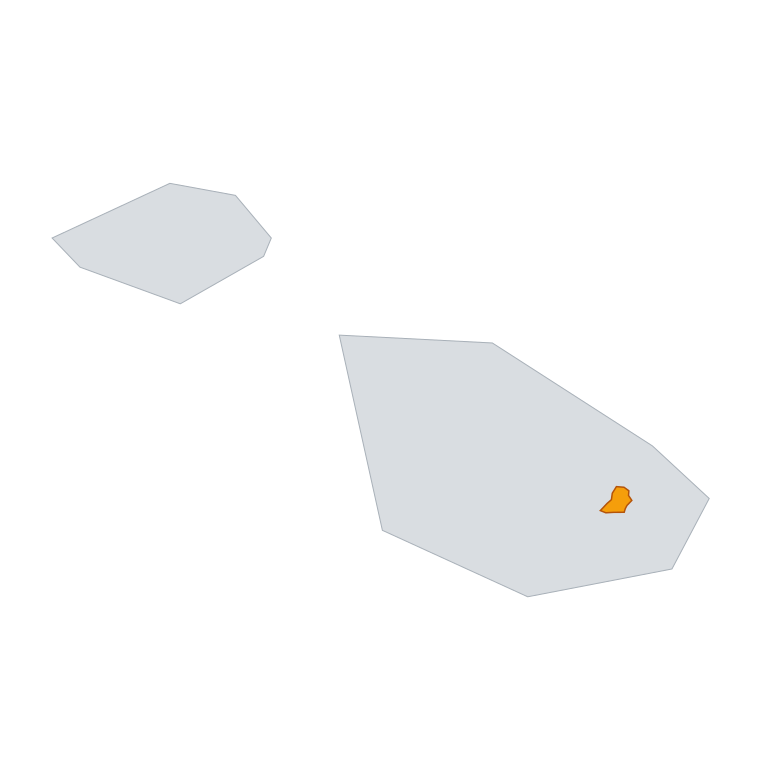 Tarxien highlighted on a map of Malta, rotated 348°
{"feature_id": "MLT-5960", "entity_name": "Tarxien", "entity_type": "state/province", "adm_level": 1, "iso_a3": "MLT", "parent_name": "Malta", "parent_adm1": "", "projection": "mercator", "projection_center": [14.508, 35.862], "detail": "fine", "context": "in_parent", "style": "filled", "palette": "amber", "viewbox_px": 768, "rotation_deg": 348, "n_neighbors": 0, "source": "natural_earth", "source_scale": "10m", "svg_char_len": 605}
<svg xmlns="http://www.w3.org/2000/svg" viewBox="0 0 768 768"><g transform="rotate(348 384 384)"><path d="M678.3,563.6L627.2,624.8L480.3,622.0L352.0,526.8L350.4,326.9L498.5,366.4L633.7,500.4L678.3,563.6ZM292.8,234.1L201.4,263.2L110.9,206.5L89.7,172.2L216.2,143.2L277.9,168.6L304.1,217.8L292.8,234.1Z" fill="#d9dde1" stroke="#a8b0b8" stroke-width="1"/><path d="M602.2,549.4L596.4,553.3L594.1,556.1L592.3,559.4L581.5,557.2L574.2,556.1L569.3,552.8L577.4,547.2L582.4,544.4L584.6,538.3L590.0,532.7L597.3,534.9L601.3,539.4L600.0,543.9L602.2,549.4Z" fill="#f59e0b" stroke="#b45309" stroke-width="1.5"/></g></svg>